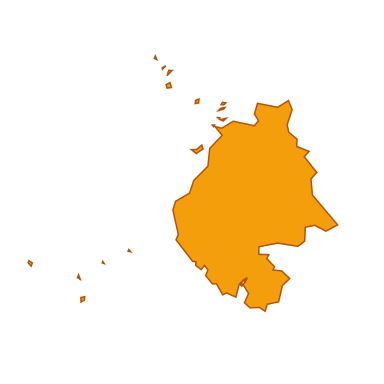 Belitung Timur, Bangka-Belitung, Indonesia (Albers equal-area conic projection), rotated 190°
{"feature_id": "22746128B98690900191937", "entity_name": "Belitung Timur", "entity_type": "district", "adm_level": 2, "iso_a3": "IDN", "parent_name": "Indonesia", "parent_adm1": "Bangka-Belitung", "projection": "albers", "projection_center": [108.219, -2.955], "detail": "medium", "context": "isolated", "style": "filled", "palette": "amber", "viewbox_px": 384, "rotation_deg": 190, "n_neighbors": 0, "source": "geoboundaries", "source_scale": "gbopen_adm2", "svg_char_len": 1942}
<svg xmlns="http://www.w3.org/2000/svg" viewBox="0 0 384 384"><g transform="rotate(190 192 192)"><path d="M72.5,232.9L87.6,246.2L83.7,252.3L96.8,255.0L97.8,262.4L106.9,267.4L110.0,274.6L107.7,290.5L112.9,298.8L122.3,290.3L142.9,290.7L144.1,279.7L138.8,273.6L142.2,268.1L163.8,268.8L173.8,259.9L180.8,260.5L172.1,253.1L182.1,238.0L180.8,220.2L192.3,203.6L194.2,190.5L206.5,180.0L207.7,171.0L198.1,147.8L199.4,142.1L179.3,123.8L175.9,124.0L175.7,120.4L169.4,117.1L166.9,122.0L162.8,118.0L164.0,112.0L155.9,105.0L152.1,106.0L143.9,96.0L140.5,98.6L130.5,96.1L129.6,108.7L128.2,112.1L128.6,109.6L127.4,108.4L126.8,113.6L123.6,116.6L122.8,116.1L123.8,113.1L126.9,107.7L125.3,109.3L118.7,102.0L121.1,92.0L114.7,88.0L105.6,90.0L99.3,87.3L98.4,94.5L87.6,98.9L86.8,115.5L80.7,123.7L89.8,129.8L98.6,129.3L97.8,132.8L106.8,139.4L105.4,143.7L115.4,142.2L116.6,149.7L99.0,156.5L78.2,156.9L72.5,163.2L74.3,177.0L65.3,180.5L53.3,176.7L42.9,184.9L72.9,209.9L77.1,225.6L72.5,232.9ZM194.5,230.6L188.6,236.3L190.6,240.0L194.8,234.6L200.0,233.7L194.5,230.6ZM234.6,290.0L230.4,291.3L232.7,295.9L236.1,293.2L234.6,290.0ZM282.2,64.4L279.2,66.8L279.5,70.3L283.1,68.8L282.2,64.4ZM204.2,279.6L200.9,280.9L201.3,284.8L204.3,282.9L204.2,279.6ZM236.0,307.8L236.8,302.2L232.7,308.2L236.0,307.8ZM337.6,91.0L336.9,94.4L340.6,96.0L341.1,93.8L337.6,91.0ZM180.0,276.8L174.9,279.4L174.1,281.0L178.2,279.5L180.0,276.8ZM176.7,268.1L173.6,267.3L171.2,270.5L176.7,268.1ZM178.6,283.1L175.9,283.3L174.1,285.6L177.6,285.6L178.6,283.1ZM289.9,87.8L286.9,86.6L289.3,90.7L289.9,87.8ZM252.4,317.0L249.7,316.4L251.7,319.6L252.4,317.0ZM126.5,113.3L123.9,113.2L123.6,116.2L126.5,113.3ZM239.7,311.8L243.0,309.1L242.4,307.7L239.7,311.8ZM244.7,122.6L242.0,122.5L244.2,124.4L244.7,122.6ZM180.7,269.8L177.4,269.0L177.5,270.0L180.7,269.8ZM268.1,106.6L266.1,106.3L267.8,108.1L268.1,106.6ZM183.7,261.4L182.0,260.1L181.4,261.9L183.7,261.4Z" fill="#f59e0b" stroke="#b45309" stroke-width="1.5"/></g></svg>